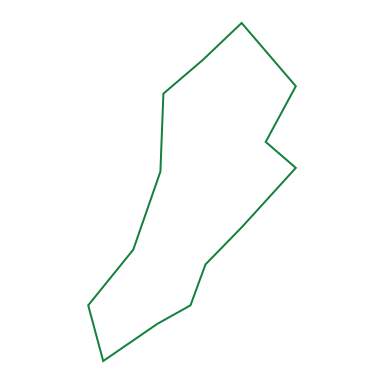 the border of Paola
{"feature_id": "MLT-5958", "entity_name": "Paola", "entity_type": "state/province", "adm_level": 1, "iso_a3": "MLT", "parent_name": "Malta", "parent_adm1": "", "projection": "albers", "projection_center": [14.504, 35.872], "detail": "fine", "context": "isolated", "style": "outline", "palette": "green", "viewbox_px": 384, "rotation_deg": 0, "n_neighbors": 0, "source": "natural_earth", "source_scale": "10m", "svg_char_len": 302}
<svg xmlns="http://www.w3.org/2000/svg" viewBox="0 0 384 384"><path d="M241.7,227.3L205.5,264.4L190.5,305.3L157.4,323.8L103.2,361.0L88.2,305.3L133.3,249.6L160.4,171.6L163.4,93.6L202.5,60.2L241.6,23.0L295.8,86.2L265.7,141.9L295.8,167.9L241.7,227.3Z" fill="none" stroke="#15803d" stroke-width="2"/></svg>